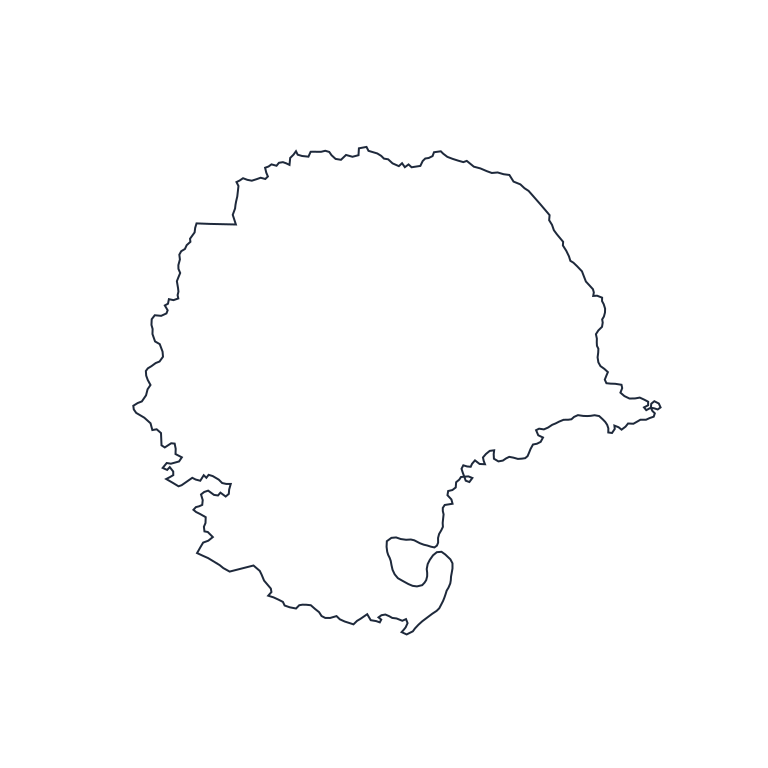 São Mateus do Sul, Paraná, Brazil, rotated 303°
{"feature_id": "56859067B3883184769095", "entity_name": "São Mateus do Sul", "entity_type": "district", "adm_level": 2, "iso_a3": "BRA", "parent_name": "Brazil", "parent_adm1": "Paraná", "projection": "orthographic", "projection_center": [-50.464, -25.928], "detail": "fine", "context": "isolated", "style": "outline", "palette": "slate", "viewbox_px": 768, "rotation_deg": 303, "n_neighbors": 0, "source": "geoboundaries", "source_scale": "gbopen_adm2", "svg_char_len": 5808}
<svg xmlns="http://www.w3.org/2000/svg" viewBox="0 0 768 768"><g transform="rotate(303 384 384)"><path d="M579.0,278.9L574.8,277.8L573.7,271.0L574.7,265.1L573.0,261.2L573.8,257.4L573.7,252.8L571.1,244.0L573.3,240.2L568.0,234.6L562.0,238.0L557.4,233.8L555.4,227.4L548.6,225.8L546.4,220.8L547.3,215.4L548.8,211.7L547.6,207.7L544.6,204.9L542.6,201.9L540.7,198.8L538.8,196.0L533.5,196.8L530.6,191.1L529.3,186.7L531.3,183.4L527.0,183.2L522.5,182.2L516.3,185.4L515.8,181.7L515.0,178.4L512.3,175.4L508.5,175.0L506.9,170.0L503.5,168.7L500.6,166.5L497.1,170.2L494.8,173.6L491.3,172.8L489.8,168.2L486.4,165.6L482.5,162.4L480.8,158.2L479.8,153.7L476.0,152.1L473.0,150.3L470.8,154.1L461.4,158.8L456.4,160.6L453.3,161.9L450.1,163.5L443.5,165.0L437.1,172.9L423.2,150.4L416.6,139.3L412.1,140.6L408.0,142.6L400.2,142.2L397.8,144.2L393.0,142.9L388.8,143.5L384.9,141.6L381.0,141.9L377.3,145.0L371.7,146.8L368.6,148.9L366.1,152.6L361.3,153.5L357.4,154.3L352.3,159.0L349.5,161.3L346.1,162.5L343.7,164.9L339.7,161.8L338.0,157.4L333.7,159.1L330.5,157.4L328.0,162.4L324.7,163.1L319.8,160.0L316.8,154.3L311.8,153.9L306.9,156.8L304.1,160.0L299.8,162.6L295.0,168.8L295.3,174.2L290.5,180.7L286.5,183.8L280.6,183.5L277.2,181.1L272.2,179.2L268.5,177.4L265.2,177.2L261.5,180.0L258.7,183.7L256.0,188.7L250.8,188.6L244.9,190.6L237.5,190.4L233.9,187.8L229.2,185.6L226.4,188.0L224.8,191.9L225.2,201.3L223.9,209.6L219.2,214.8L222.2,218.0L221.4,223.7L211.4,230.8L211.4,234.7L218.4,237.8L220.0,240.9L216.2,244.6L211.7,247.3L212.4,254.4L207.4,254.3L201.1,248.7L199.4,244.8L193.1,244.1L193.8,248.9L197.6,249.6L195.8,254.9L192.8,256.9L189.4,255.2L185.7,253.1L186.1,261.1L186.3,267.4L188.9,269.4L200.9,274.3L201.3,278.1L202.8,282.6L209.3,282.5L208.6,286.1L212.3,286.4L213.5,290.5L213.8,297.5L212.8,302.2L214.3,306.2L216.7,309.9L211.2,311.6L207.3,313.7L203.4,312.5L203.8,306.0L200.1,305.5L198.4,301.8L198.8,294.6L195.5,292.0L191.7,290.7L187.9,295.2L183.6,297.4L180.7,295.5L178.3,293.3L174.7,292.7L174.3,296.1L174.8,300.5L175.2,307.0L170.2,310.0L166.2,310.7L162.6,313.7L163.9,316.8L162.4,323.8L156.9,322.0L152.5,318.7L147.4,318.9L140.4,319.3L141.3,325.7L142.2,331.3L142.6,344.8L142.1,349.5L142.6,356.7L160.7,373.4L159.6,381.6L157.5,385.1L153.8,390.5L150.8,400.5L148.2,402.9L143.4,402.2L144.9,407.6L145.7,413.1L146.2,417.9L144.1,421.3L145.4,426.6L147.8,432.5L152.3,433.4L154.5,435.8L156.4,438.8L158.6,443.1L157.8,448.6L157.3,453.8L155.4,458.0L155.8,462.1L158.4,466.2L163.5,470.6L162.6,475.1L163.4,480.4L164.6,484.8L165.8,489.3L170.7,490.4L174.1,492.1L181.8,495.3L178.7,501.5L180.9,506.6L181.8,510.3L184.9,510.0L185.3,506.5L188.7,507.8L191.4,510.7L192.1,514.8L192.3,518.3L194.2,522.2L195.4,528.3L198.8,530.5L196.3,534.0L191.7,534.7L188.6,534.4L185.5,533.9L186.3,539.4L192.3,542.9L195.9,543.1L200.9,544.0L205.8,545.3L212.1,547.6L217.6,549.6L222.4,551.7L226.0,552.5L230.2,552.1L234.2,551.7L237.7,551.0L241.3,550.1L244.8,549.1L248.3,549.0L252.8,548.2L255.8,546.9L259.0,545.1L261.9,543.9L266.6,541.9L270.9,539.1L273.1,535.2L273.7,531.9L274.4,528.2L274.6,523.6L271.7,519.9L267.0,518.4L261.4,518.2L256.8,518.7L252.1,520.6L249.1,523.1L246.3,524.9L242.5,526.2L239.5,526.2L236.1,525.6L232.2,521.9L230.3,517.9L229.5,513.4L229.0,506.6L228.7,501.4L230.2,496.6L232.8,492.4L236.3,488.8L239.3,486.0L241.3,483.4L243.0,480.5L245.0,478.1L248.9,474.8L253.7,472.0L259.0,474.0L261.9,477.7L263.1,482.5L265.4,487.4L268.2,491.2L269.4,494.5L270.0,500.8L270.9,504.9L272.1,508.2L273.1,511.9L274.4,515.3L277.3,516.4L280.4,515.8L284.3,513.2L288.2,511.9L292.5,511.7L296.3,511.2L299.4,508.9L303.3,506.9L307.1,505.0L309.5,502.5L312.1,500.8L315.6,500.8L318.1,503.6L320.9,506.7L323.9,503.4L325.3,497.8L329.2,496.1L332.3,499.1L336.3,500.5L340.9,498.0L344.8,499.2L347.9,499.2L350.0,501.8L352.5,498.4L355.1,495.2L359.0,494.8L360.1,498.6L361.8,501.8L365.0,501.3L369.5,501.9L369.0,507.7L371.7,512.4L373.8,509.5L376.3,507.0L380.8,507.6L385.5,509.1L388.4,512.5L384.9,514.2L381.2,516.9L381.4,522.1L384.5,525.4L388.1,526.9L391.1,528.7L392.7,532.6L394.1,537.1L396.5,540.3L398.7,542.8L401.7,543.7L405.2,543.1L409.3,542.3L414.4,541.9L417.2,544.8L420.8,546.9L425.7,546.5L425.0,541.3L428.1,536.7L431.0,538.4L433.0,542.8L436.8,545.3L441.4,547.3L444.4,549.4L447.9,551.4L451.8,554.1L454.4,558.0L456.5,560.4L459.9,561.3L463.5,563.6L465.7,568.4L467.8,571.9L469.8,574.6L472.5,577.6L474.3,581.9L473.5,586.7L472.7,590.2L471.3,593.4L469.0,596.3L465.5,598.5L467.1,601.9L472.0,602.0L474.6,599.9L475.5,604.3L475.1,608.1L479.8,609.8L483.8,610.2L486.5,614.8L490.9,617.1L493.7,618.5L496.7,623.2L500.2,625.4L503.5,628.0L506.9,627.1L507.6,623.7L509.5,620.7L504.9,618.2L506.0,614.8L510.0,617.1L513.0,615.2L512.6,610.8L511.9,605.9L508.7,602.5L505.5,597.8L504.8,592.2L505.5,587.0L510.3,586.0L512.7,583.6L510.1,577.8L507.7,573.8L505.8,570.1L507.9,566.8L512.4,565.9L515.9,565.3L516.7,560.6L516.9,555.8L518.9,552.0L522.7,548.6L526.9,546.6L530.3,544.6L532.0,541.8L534.9,539.7L538.0,537.8L541.2,534.6L545.7,534.6L550.7,535.7L554.6,534.0L557.0,531.8L560.3,531.7L564.3,530.4L567.6,528.4L570.6,524.8L572.3,521.7L575.2,519.9L574.1,514.6L571.8,511.5L575.1,510.1L577.3,507.6L579.9,497.5L583.8,492.1L586.3,488.7L587.9,482.0L588.9,476.8L588.8,473.2L591.8,469.6L595.0,464.3L597.6,458.6L600.8,456.8L603.7,447.5L605.5,442.7L609.0,438.2L611.3,433.3L615.8,430.9L619.9,417.2L624.7,400.1L624.7,395.2L625.7,389.7L624.3,382.4L627.6,375.3L625.1,370.1L623.3,364.1L619.7,359.5L618.5,354.3L617.3,347.4L615.2,341.0L616.2,331.9L613.3,329.7L611.7,324.5L610.2,319.0L609.0,313.4L609.4,308.2L610.1,304.9L605.6,299.7L601.6,300.6L597.9,298.4L595.6,295.8L592.1,295.0L586.7,295.7L580.8,289.1L581.5,285.0L577.2,283.4L579.0,278.9ZM509.5,620.7L510.8,624.0L511.7,627.4L515.0,628.7L517.3,625.1L516.8,620.1L513.0,618.9L509.5,620.7ZM350.0,501.8L347.4,505.2L348.3,509.0L353.3,509.3L352.5,505.1L350.0,501.8Z" fill="none" stroke="#1e293b" stroke-width="2"/></g></svg>